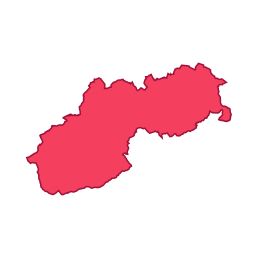 Graiguecullen -Portarlington-Lea-6, Laoighis, Ireland, rotated 80°
{"feature_id": "5873133B32465812463029", "entity_name": "Graiguecullen -Portarlington-Lea-6", "entity_type": "district", "adm_level": 2, "iso_a3": "IRL", "parent_name": "Ireland", "parent_adm1": "Laoighis", "projection": "orthographic", "projection_center": [-7.112, 52.984], "detail": "fine", "context": "isolated", "style": "filled", "palette": "rose", "viewbox_px": 256, "rotation_deg": 80, "n_neighbors": 0, "source": "geoboundaries", "source_scale": "gbopen_adm2", "svg_char_len": 5798}
<svg xmlns="http://www.w3.org/2000/svg" viewBox="0 0 256 256"><g transform="rotate(80 128 128)"><path d="M77.9,57.0L78.0,57.3L77.3,58.0L75.5,64.2L78.4,67.0L77.7,69.2L78.3,71.4L81.3,73.3L82.9,73.7L82.7,76.0L82.9,76.5L82.6,76.6L82.9,76.7L83.1,77.2L81.3,79.1L85.5,81.3L84.4,83.4L84.5,83.4L84.6,83.9L85.1,84.1L85.0,84.6L84.6,85.1L85.1,87.5L85.4,88.2L85.5,89.1L84.7,90.2L85.2,90.8L84.4,91.0L86.0,93.2L85.4,93.9L84.6,94.2L84.4,93.9L83.0,94.9L81.3,95.3L79.7,96.0L79.3,95.9L79.3,96.3L79.8,96.8L79.9,98.3L81.0,99.7L80.6,101.7L82.8,101.5L83.0,102.5L85.2,103.8L86.8,104.4L89.6,103.1L90.8,102.1L91.3,102.3L92.1,103.4L93.4,104.6L92.6,106.3L91.5,107.0L90.8,108.3L91.2,109.2L92.0,109.9L92.8,112.1L91.7,112.8L89.6,113.1L88.9,113.5L87.5,114.9L83.5,115.8L85.0,117.6L83.7,118.3L84.0,118.8L83.4,119.9L82.7,120.5L81.9,122.1L80.7,123.3L80.7,124.1L79.4,124.4L79.1,125.9L79.6,127.1L79.2,128.3L79.2,129.6L80.5,132.8L80.3,133.7L81.1,134.8L81.0,135.2L82.9,137.3L84.8,137.3L84.8,138.2L84.6,139.2L85.3,140.5L85.2,141.6L85.4,141.8L85.0,142.9L85.2,143.7L85.1,144.1L84.6,144.3L83.1,143.6L80.9,143.2L74.8,146.4L73.7,147.9L74.6,151.3L74.0,152.6L76.9,153.6L76.4,154.5L76.8,155.2L77.0,157.1L77.9,157.3L79.7,159.4L81.6,158.4L83.8,161.5L84.9,162.5L85.6,164.2L87.3,166.0L88.6,166.5L89.0,166.0L89.6,165.9L91.0,166.6L94.0,167.1L96.0,169.4L97.7,170.4L98.6,172.2L101.2,172.5L102.8,172.2L106.2,172.6L106.4,173.4L106.3,173.7L106.6,174.2L106.5,174.5L106.8,174.7L106.6,174.9L107.0,175.4L106.6,175.7L106.5,177.2L106.0,177.5L106.2,177.9L105.9,178.2L106.1,178.4L105.9,178.5L106.2,178.9L105.7,180.0L105.9,180.6L105.2,181.2L105.4,181.5L105.2,181.6L105.4,181.7L105.3,182.1L105.6,182.6L105.3,182.8L104.6,182.6L104.6,183.2L104.7,183.8L105.6,183.9L105.6,185.4L105.2,185.4L105.3,186.0L106.0,188.2L106.2,188.3L106.2,188.6L106.7,189.3L106.4,189.8L106.8,190.1L107.3,189.6L107.5,188.9L108.5,188.4L108.9,187.3L109.9,186.8L110.5,187.2L110.4,187.7L110.8,189.1L111.7,189.4L113.3,191.1L113.8,192.4L113.4,193.3L113.1,195.2L113.2,196.3L113.6,197.0L113.7,198.3L113.0,199.7L113.0,200.3L112.6,201.7L113.0,202.0L112.7,202.4L112.9,202.8L114.6,203.2L116.0,205.1L116.4,205.8L116.3,206.1L117.1,206.5L117.2,207.4L117.0,207.6L117.2,207.9L117.0,208.1L117.8,210.0L118.1,210.1L118.0,210.4L118.4,210.5L119.2,212.1L119.1,213.2L119.6,214.4L119.6,215.3L119.8,215.3L120.0,215.9L120.4,216.1L121.1,215.4L121.6,215.7L123.0,215.5L124.0,214.9L127.0,214.3L129.6,217.1L128.8,217.6L130.2,219.5L132.4,220.4L134.3,220.2L135.8,221.7L136.4,222.0L136.8,224.6L139.4,230.4L139.4,231.7L139.9,232.6L139.8,232.8L143.1,232.2L145.9,230.1L145.4,228.7L145.9,226.7L146.4,225.6L146.3,225.1L146.5,224.6L152.7,223.3L155.8,224.5L155.1,225.2L158.3,224.0L162.7,224.6L164.5,224.0L166.9,224.0L168.3,223.6L169.3,223.9L171.3,223.8L172.4,222.8L173.6,222.6L174.6,221.4L175.8,220.7L176.2,220.0L176.5,218.8L178.3,217.3L179.9,214.8L180.5,213.2L179.6,210.6L177.6,207.2L182.0,205.0L182.3,203.5L181.3,199.9L181.7,198.9L180.7,195.8L180.8,194.8L181.5,193.0L181.6,192.4L181.0,189.3L180.1,188.0L179.7,186.6L179.8,185.0L179.6,183.3L179.6,181.3L178.9,180.3L178.5,179.0L179.4,176.1L180.3,175.2L181.0,174.1L180.6,171.0L181.5,167.8L181.3,165.7L180.2,162.5L177.8,159.4L177.5,158.6L177.5,157.4L176.6,156.2L175.7,153.7L174.8,152.8L175.0,150.1L174.6,148.0L173.1,147.1L172.8,146.4L173.0,145.9L172.9,145.6L171.6,144.8L171.0,143.3L169.5,141.7L169.5,141.0L169.9,139.2L169.5,138.3L169.6,137.7L169.4,136.1L168.7,134.3L167.0,133.3L166.2,131.2L165.1,131.3L163.1,132.9L158.9,134.8L157.5,135.1L156.8,135.7L155.0,136.2L153.5,137.6L153.0,137.8L152.4,136.5L152.1,135.3L152.4,135.2L152.5,134.8L153.3,134.6L153.3,133.8L153.8,133.3L153.8,132.8L152.1,133.1L150.3,132.4L148.0,130.9L146.2,131.2L145.4,131.8L143.6,130.8L143.3,129.7L142.8,130.0L141.9,131.1L141.1,131.0L140.6,129.6L138.0,128.4L136.9,124.0L136.1,123.1L134.5,122.6L133.3,120.5L132.7,121.2L131.8,120.2L131.0,120.1L130.4,119.6L129.8,118.4L129.7,116.6L129.9,115.3L131.4,113.1L131.1,111.4L134.6,109.5L136.9,107.5L136.2,102.7L135.8,102.0L137.3,99.8L136.9,99.3L137.5,99.3L138.2,98.6L140.4,98.5L143.6,96.1L142.2,96.1L141.6,96.5L139.7,95.2L140.0,94.0L139.8,93.4L140.2,92.3L139.8,91.5L139.8,90.3L140.4,89.8L141.6,89.5L142.2,88.7L143.1,88.6L143.8,88.1L143.9,86.8L143.5,85.7L142.0,83.4L141.8,82.3L142.0,82.0L143.9,81.5L144.7,78.7L143.7,76.4L143.5,75.6L143.6,75.1L143.0,74.9L142.3,73.2L142.6,72.5L142.4,71.6L141.2,69.6L141.4,68.6L142.1,67.5L141.3,65.0L141.2,63.9L140.1,62.1L140.1,61.4L139.5,60.7L138.4,60.5L137.4,59.6L136.9,60.1L136.7,60.8L136.1,60.3L135.2,60.3L135.1,60.1L135.4,59.4L134.6,58.9L134.8,57.7L134.3,57.5L134.4,56.6L134.1,56.0L134.6,55.6L134.6,55.3L133.4,53.8L133.7,52.4L131.4,50.4L132.0,49.0L131.9,48.8L131.4,48.3L130.3,47.9L129.7,46.7L129.2,46.1L128.7,46.2L127.6,45.2L125.6,44.5L127.2,42.8L127.7,41.9L128.8,36.9L128.7,35.8L128.2,35.4L127.8,34.5L127.0,34.2L126.4,33.1L126.4,32.3L127.8,31.8L129.7,32.6L131.2,32.5L132.1,33.3L132.6,34.4L133.4,34.9L133.4,35.4L134.0,36.4L134.8,36.6L135.5,37.2L136.1,36.4L136.2,36.1L136.1,35.8L136.3,35.3L136.8,34.9L136.7,34.4L136.8,33.6L137.2,33.5L137.2,32.9L138.2,31.3L138.3,30.5L138.6,30.2L138.4,29.1L138.6,28.7L138.4,28.2L138.4,27.8L138.1,27.3L138.2,27.0L137.6,26.6L137.7,26.1L135.2,25.1L133.9,25.0L133.5,24.3L131.7,24.1L130.2,24.7L128.2,24.3L126.9,24.4L125.9,25.2L125.5,26.5L124.6,26.9L123.3,28.9L123.3,30.3L121.4,32.2L118.4,32.6L117.3,32.2L113.5,31.8L110.9,33.0L109.4,33.2L108.7,32.5L107.2,32.1L105.9,32.6L104.7,32.2L102.8,32.6L102.5,32.1L102.6,31.5L101.3,30.8L101.2,30.5L101.5,28.2L101.8,27.7L101.1,26.9L100.1,23.2L96.0,27.1L96.1,28.5L95.9,30.2L94.7,31.2L94.4,31.9L94.5,32.7L94.0,33.7L92.2,33.7L90.2,35.8L88.9,36.3L88.0,37.0L85.1,36.7L84.4,37.6L84.0,37.7L83.4,38.3L83.0,39.4L81.7,40.7L81.2,42.7L79.1,42.7L76.6,47.4L79.6,50.7L80.3,51.1L81.8,51.2L82.4,51.8L82.3,52.2L81.6,52.8L79.1,56.6L77.9,57.0Z" fill="#f43f5e" stroke="#9f1239" stroke-width="1.5"/></g></svg>